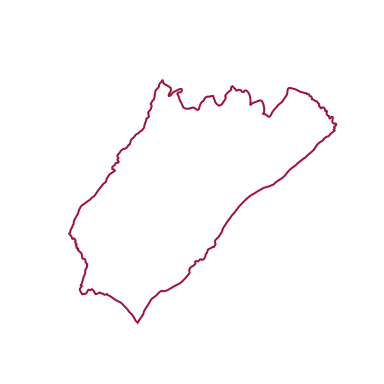 Dekemhare, Debub, Eritrea, rotated 33°
{"feature_id": "51966322B31407938426856", "entity_name": "Dekemhare", "entity_type": "district", "adm_level": 2, "iso_a3": "ERI", "parent_name": "Eritrea", "parent_adm1": "Debub", "projection": "equal_earth", "projection_center": [39.033, 15.089], "detail": "fine", "context": "isolated", "style": "outline", "palette": "rose", "viewbox_px": 384, "rotation_deg": 33, "n_neighbors": 0, "source": "geoboundaries", "source_scale": "gbopen_adm2", "svg_char_len": 6012}
<svg xmlns="http://www.w3.org/2000/svg" viewBox="0 0 384 384"><g transform="rotate(33 192 192)"><path d="M111.6,293.7L112.7,294.2L114.1,294.5L115.4,295.2L116.8,296.3L117.2,296.4L117.6,296.2L117.6,295.8L118.0,295.4L118.8,295.2L120.8,296.0L121.1,297.0L121.2,297.6L121.9,298.2L123.1,298.3L123.6,298.6L123.5,299.7L123.8,300.2L124.5,300.2L124.9,300.4L125.6,301.7L126.1,301.7L127.0,301.4L127.7,301.8L127.8,302.8L128.8,302.8L130.2,303.3L132.0,303.4L133.7,304.5L135.7,307.0L136.4,307.4L138.5,306.8L139.1,306.9L139.6,307.0L140.9,308.8L143.4,309.6L144.9,312.6L144.9,314.6L145.4,316.4L146.6,318.1L147.0,319.5L147.1,320.7L147.3,322.0L149.2,328.1L149.6,330.8L150.6,330.6L150.9,331.1L150.7,332.7L150.7,334.5L151.1,335.2L154.1,336.9L155.7,337.6L156.3,336.7L157.3,336.2L158.0,335.5L158.5,334.4L158.3,330.6L158.5,330.2L160.0,329.8L160.5,329.1L160.9,328.1L161.2,328.0L164.4,328.8L166.1,330.1L166.8,330.1L167.4,329.6L169.5,326.5L171.0,326.5L172.3,325.8L174.0,326.0L174.6,325.8L175.5,325.0L176.3,323.9L177.5,324.3L180.5,323.9L186.5,324.2L192.8,323.5L202.0,325.6L204.4,326.7L208.3,327.4L211.3,328.7L215.4,330.9L216.7,330.9L217.7,331.2L217.5,329.6L217.7,322.0L217.6,321.0L216.7,318.2L216.5,313.7L216.6,310.8L216.3,305.5L216.5,303.2L218.4,298.3L218.9,294.8L219.6,292.7L220.4,291.3L221.0,291.3L222.6,290.4L224.3,288.6L224.8,287.9L228.7,280.2L231.5,275.3L232.0,274.0L232.8,270.9L233.2,268.7L233.9,264.3L234.0,261.8L234.0,261.1L232.0,258.6L231.9,256.3L232.1,255.2L233.3,253.2L233.6,252.1L233.9,250.5L233.8,250.0L232.8,249.2L232.6,248.7L232.7,248.2L233.0,247.7L234.7,247.0L235.0,246.6L235.3,244.7L235.6,243.9L236.4,243.6L237.3,243.5L237.7,243.2L238.4,242.0L238.6,241.0L238.5,240.1L238.2,238.7L237.4,236.6L237.6,235.0L237.1,232.9L236.8,231.1L238.5,228.7L239.0,227.3L239.4,226.8L240.1,226.5L240.4,225.8L240.4,224.9L240.3,223.6L240.1,222.9L238.1,221.0L237.9,220.6L237.8,219.2L238.2,217.9L238.4,216.4L238.8,215.7L238.8,212.0L238.7,208.7L238.2,207.3L237.8,204.9L237.8,198.1L238.2,192.2L238.2,189.8L238.6,187.8L238.9,185.6L239.3,179.0L240.8,171.2L241.6,167.7L242.3,165.3L243.0,163.2L244.0,161.1L244.9,159.7L245.8,157.4L249.9,149.5L254.1,144.6L255.1,142.9L256.3,141.3L256.7,139.4L257.4,136.9L260.0,131.2L260.9,128.0L261.1,126.8L261.5,121.9L262.2,118.7L264.2,113.8L264.9,110.6L266.3,106.2L266.8,105.2L267.2,103.4L267.6,102.6L268.2,102.0L268.4,100.3L269.3,96.7L270.7,92.5L271.2,89.9L271.1,89.0L271.2,86.7L271.1,84.6L271.7,81.8L273.6,77.5L273.7,76.8L273.5,76.0L274.3,73.4L274.6,72.6L276.2,70.8L276.5,67.9L278.1,62.9L277.2,62.8L276.9,62.6L277.1,61.1L276.7,60.5L276.0,60.5L275.8,60.2L275.8,59.7L276.4,58.0L276.2,56.8L275.9,56.4L275.3,56.3L273.7,57.4L271.9,57.0L271.1,56.3L269.9,53.3L269.1,52.5L268.4,52.6L268.0,53.4L267.5,55.3L267.1,55.2L265.4,53.6L264.7,53.9L263.1,53.7L262.7,53.5L262.0,52.6L261.3,50.9L260.7,50.7L260.2,51.4L259.6,51.4L259.0,50.6L257.7,49.8L257.0,49.5L256.3,49.4L255.8,49.6L255.3,50.1L254.8,51.3L254.3,51.6L253.4,51.0L252.1,50.9L251.7,50.7L251.2,49.5L250.5,48.9L249.2,48.8L247.6,48.0L245.1,48.6L243.1,48.4L242.0,48.9L240.9,47.4L240.4,47.1L239.9,47.0L238.2,47.4L236.9,46.4L235.2,47.2L234.5,46.8L234.1,46.8L233.3,47.4L228.1,49.0L226.1,49.1L223.0,49.5L217.8,51.2L217.2,51.6L216.5,52.3L216.3,53.2L216.4,53.9L218.3,57.7L218.6,58.9L218.5,66.9L218.2,68.3L216.9,72.2L216.5,75.6L216.2,77.1L215.9,80.3L215.9,81.6L216.2,83.6L216.2,85.3L216.0,86.6L215.7,86.9L215.0,87.1L214.2,87.2L211.5,86.7L210.2,87.4L209.1,87.7L208.9,85.7L207.2,82.8L204.3,79.7L201.8,78.0L200.4,77.6L199.4,78.0L198.7,78.6L195.5,82.9L194.4,84.6L193.8,86.8L193.5,87.0L193.2,87.0L191.6,83.8L190.2,82.2L189.4,81.1L187.2,79.1L184.9,77.8L182.6,77.3L181.7,77.5L181.0,78.5L180.8,80.0L180.4,80.5L179.4,80.7L178.2,80.2L176.7,80.2L176.0,80.4L174.5,82.4L174.1,82.7L173.2,82.6L172.2,82.0L170.5,81.9L169.5,81.4L168.2,81.3L167.8,82.4L167.9,83.0L169.1,85.0L167.8,89.1L167.4,92.6L167.5,93.4L167.8,93.8L168.6,94.0L168.9,94.4L169.2,95.2L169.3,96.9L169.3,101.5L169.0,102.8L168.6,103.5L168.0,104.4L167.3,105.0L163.9,104.6L162.3,103.7L157.4,100.0L155.8,101.1L154.5,102.8L153.2,103.4L152.0,105.0L151.7,106.8L152.0,109.1L151.3,110.9L151.1,112.8L151.5,115.2L152.5,118.4L152.6,119.4L152.4,119.7L151.3,120.3L148.4,120.2L146.9,120.5L145.3,122.1L144.1,123.8L142.3,125.0L141.0,125.6L138.7,125.8L133.5,122.5L132.1,122.0L129.4,119.6L127.6,118.4L126.5,117.9L126.2,117.6L126.2,116.9L126.3,116.3L126.5,115.9L127.9,114.8L128.2,114.1L128.4,112.7L128.2,112.2L127.1,111.4L126.7,111.5L125.7,112.2L121.8,118.7L121.5,122.3L121.3,123.0L120.5,124.1L120.2,124.1L119.8,123.7L119.4,122.8L119.3,120.3L119.0,118.6L118.7,117.7L117.8,116.7L117.1,116.3L115.6,116.1L113.9,116.3L112.1,116.2L110.9,116.5L109.0,116.5L107.9,115.2L106.5,114.4L106.3,114.9L106.3,116.6L105.9,117.8L105.9,118.3L106.1,120.2L106.7,121.3L106.9,122.6L106.8,123.4L106.3,125.4L106.2,126.9L107.7,130.5L109.3,133.7L109.6,135.3L109.3,136.5L109.2,137.1L109.4,140.6L109.7,141.0L111.0,141.4L111.5,142.2L111.8,143.4L112.1,144.1L112.3,145.2L111.9,149.2L112.8,149.8L113.2,150.8L113.9,151.3L114.6,152.3L114.9,152.4L114.5,153.8L114.0,154.7L113.9,155.6L114.8,157.7L114.9,158.8L115.6,160.7L115.7,162.0L116.7,164.0L116.8,164.4L116.5,167.2L116.2,168.2L115.4,169.6L115.3,171.0L113.6,174.7L113.5,176.1L113.6,177.0L112.6,180.5L112.7,182.1L113.8,185.8L113.8,186.4L113.3,186.9L113.1,187.4L113.2,189.7L112.7,191.5L112.3,192.1L110.9,193.4L110.1,195.3L109.9,196.3L109.9,198.9L109.5,201.4L109.7,202.4L110.1,202.8L111.9,203.7L111.7,205.0L111.8,205.4L112.0,205.7L113.2,206.3L113.9,206.4L114.2,206.8L114.2,207.2L113.7,208.1L112.5,208.9L112.3,209.7L112.5,211.6L111.6,214.1L111.6,214.6L112.4,215.9L112.7,216.1L114.5,215.6L115.7,216.1L114.4,219.6L113.4,221.6L113.1,224.4L113.2,227.2L113.9,229.0L114.3,230.7L113.5,232.3L113.0,234.9L112.4,242.1L112.4,246.5L112.2,248.7L111.2,250.8L110.6,254.1L108.9,258.1L108.3,260.1L107.0,262.9L106.7,264.9L107.0,268.4L108.2,272.5L108.2,274.3L108.7,280.4L108.8,280.8L110.2,283.3L110.1,283.6L110.2,285.3L110.7,286.9L110.6,287.6L110.9,288.3L110.7,289.6L111.1,290.3L111.7,292.1L111.8,292.8L111.6,293.7Z" fill="none" stroke="#9f1239" stroke-width="2"/></g></svg>